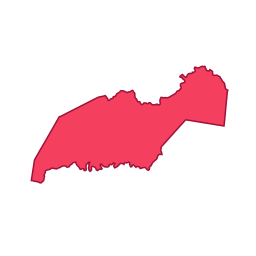 outline of Itambé, Bahia, Brazil, rotated 348°
{"feature_id": "56859067B38142697000043", "entity_name": "Itambé", "entity_type": "district", "adm_level": 2, "iso_a3": "BRA", "parent_name": "Brazil", "parent_adm1": "Bahia", "projection": "albers", "projection_center": [-40.457, -15.162], "detail": "fine", "context": "isolated", "style": "filled", "palette": "rose", "viewbox_px": 256, "rotation_deg": 348, "n_neighbors": 0, "source": "geoboundaries", "source_scale": "gbopen_adm2", "svg_char_len": 4530}
<svg xmlns="http://www.w3.org/2000/svg" viewBox="0 0 256 256"><g transform="rotate(348 128 128)"><path d="M63.1,102.7L56.7,109.9L46.6,121.2L45.1,122.9L37.8,130.9L29.9,139.8L22.5,159.3L23.6,159.6L24.5,160.1L25.6,160.7L26.8,161.1L27.7,161.6L28.8,161.9L29.8,162.8L30.6,163.4L31.7,163.6L32.6,163.0L33.3,162.6L34.4,162.0L35.0,161.0L35.4,159.7L35.9,158.8L36.3,158.0L36.2,157.1L36.3,156.2L37.0,155.5L37.9,154.2L38.3,152.7L39.5,152.3L40.4,152.3L41.3,152.2L42.4,152.3L43.6,152.1L44.4,151.6L45.2,151.4L46.1,151.7L47.1,152.2L48.1,152.6L49.0,152.9L49.9,153.2L50.8,152.9L51.7,152.6L52.5,152.6L53.5,152.4L54.4,152.1L55.6,151.7L56.9,151.7L57.9,151.7L59.1,152.4L60.1,153.6L61.3,153.8L62.2,153.7L62.9,153.1L63.8,152.1L64.7,152.0L65.8,151.5L66.5,150.7L67.7,150.5L68.6,150.5L69.7,150.5L69.8,151.8L70.0,152.8L70.3,153.6L70.9,154.6L71.8,155.8L72.2,157.2L72.5,158.2L73.2,158.7L74.6,158.3L75.8,158.5L76.4,159.0L76.1,160.1L77.0,160.8L78.1,160.6L78.6,159.7L78.7,158.6L78.8,157.2L79.4,155.6L80.0,154.7L80.9,154.4L81.8,153.8L82.5,153.4L83.5,153.7L82.4,154.8L82.1,155.8L82.0,156.8L81.4,158.2L81.0,159.1L81.0,160.1L81.2,161.4L81.8,162.5L82.7,162.2L83.7,161.3L83.8,160.0L83.9,159.1L84.8,158.0L85.8,158.4L86.6,158.9L87.5,159.6L87.9,160.3L88.2,161.3L88.3,162.4L89.3,163.3L90.4,162.8L91.2,162.4L92.3,162.5L93.2,162.9L94.1,162.5L93.7,161.1L93.4,160.0L93.2,159.1L93.2,158.0L94.2,157.7L94.9,158.6L95.2,159.5L96.0,160.2L96.9,161.1L98.0,161.3L99.1,161.8L100.2,161.9L101.1,161.7L101.7,161.0L102.2,159.7L103.2,160.2L104.7,160.5L105.5,159.8L106.5,159.1L107.8,160.1L106.9,160.8L106.3,161.9L106.2,163.0L106.7,164.2L107.9,163.9L108.9,163.7L110.3,163.2L111.0,162.2L112.1,162.0L112.9,161.1L114.1,161.2L115.5,161.8L116.4,162.8L117.1,161.8L118.1,161.3L119.0,161.7L119.8,161.9L120.6,161.7L121.4,161.4L122.2,162.2L122.3,163.2L122.0,163.9L122.2,165.3L122.6,166.6L123.7,166.6L124.5,165.3L125.6,165.2L126.3,165.9L126.8,167.0L127.6,168.1L128.4,167.6L129.7,167.8L130.9,168.4L131.3,169.8L132.1,170.3L133.4,169.9L134.5,170.0L135.5,170.0L136.4,170.2L137.3,171.2L138.1,172.9L139.3,173.6L140.2,173.1L140.5,172.3L140.8,171.0L141.8,170.0L142.8,169.6L143.6,168.7L144.1,167.7L145.0,166.9L145.7,166.5L146.8,165.8L148.2,165.1L149.4,164.5L150.0,163.8L150.5,163.0L150.9,162.2L151.5,161.3L152.5,160.5L153.7,160.4L154.7,160.7L155.7,161.0L155.8,159.7L155.7,158.3L155.5,157.3L155.3,156.3L156.0,155.3L156.2,154.1L157.0,153.0L158.1,152.3L178.3,137.6L180.2,136.2L181.4,135.4L185.9,132.1L187.0,132.3L222.3,146.0L224.3,140.0L229.5,123.3L231.7,116.3L232.7,113.2L233.5,111.8L232.1,110.6L231.6,109.5L231.4,108.7L231.6,107.9L231.7,107.0L231.6,106.0L231.7,104.8L231.3,103.7L230.8,102.8L230.1,101.9L229.8,100.6L229.3,99.2L228.8,98.2L228.7,97.3L228.2,96.6L227.5,96.3L226.9,95.7L226.0,94.8L224.5,94.6L223.0,94.3L221.8,93.6L222.2,92.6L222.2,91.6L222.4,90.3L221.7,89.3L221.0,88.7L220.3,87.9L219.2,89.0L218.2,88.8L217.1,88.1L216.5,87.2L216.6,86.1L216.1,85.1L216.2,84.0L215.6,83.5L214.6,83.6L213.6,83.1L212.6,83.1L211.2,83.5L209.9,83.8L208.9,83.8L207.9,83.5L207.2,82.8L206.2,82.4L205.2,83.4L205.4,84.4L205.7,85.6L205.5,86.6L204.3,87.2L202.5,86.8L202.1,87.9L200.9,87.8L199.9,87.4L198.6,87.5L197.7,88.0L196.8,88.8L196.4,89.5L195.9,90.3L195.0,90.4L194.0,89.5L193.2,88.3L192.5,87.0L191.5,87.2L190.4,87.8L189.5,88.3L189.6,89.2L190.6,89.6L191.4,90.0L191.5,91.1L192.3,91.8L193.0,92.8L193.4,94.2L193.0,95.0L191.9,95.3L191.0,95.4L190.0,95.3L188.7,95.7L188.3,96.6L188.0,97.9L188.4,99.0L188.4,99.9L187.7,100.6L186.7,101.0L185.7,102.0L184.9,102.0L183.9,102.1L182.6,103.2L181.6,104.2L180.7,104.4L174.6,106.4L173.2,106.6L172.0,106.6L170.8,105.9L169.4,106.0L168.2,105.4L166.8,104.9L165.9,105.8L165.4,106.8L164.9,107.7L164.8,108.9L164.8,110.2L164.2,111.5L162.5,111.9L161.7,110.8L160.6,110.7L159.8,110.7L158.9,111.0L158.1,110.6L157.2,110.6L156.2,109.9L155.6,108.9L155.0,107.9L153.9,107.7L152.8,108.2L152.0,108.3L150.8,107.3L149.6,107.0L148.9,106.7L148.0,107.5L146.8,108.1L145.4,107.0L145.1,105.0L144.2,104.5L143.1,104.4L142.6,102.8L142.3,101.4L141.3,99.9L141.3,99.1L141.4,98.0L141.6,96.8L141.9,95.9L141.6,94.9L141.0,94.0L140.9,93.1L140.2,92.1L139.0,92.3L137.9,92.9L136.9,93.1L135.9,92.8L134.7,93.2L133.8,92.5L132.9,92.2L132.3,91.3L131.3,90.8L130.5,90.7L129.5,90.1L128.3,90.2L127.6,91.0L126.5,91.4L125.4,91.8L124.2,92.2L123.3,93.2L122.2,94.4L121.1,94.3L120.2,94.3L119.7,95.1L119.2,95.8L118.3,95.9L117.5,95.8L116.7,96.2L115.8,96.9L114.7,97.1L114.2,96.2L114.2,94.9L113.5,93.9L113.1,92.5L112.3,91.5L111.0,91.7L106.7,91.7L105.2,91.7L72.3,100.5L71.2,100.8L64.2,102.7L63.1,102.7Z" fill="#f43f5e" stroke="#9f1239" stroke-width="1.5"/></g></svg>